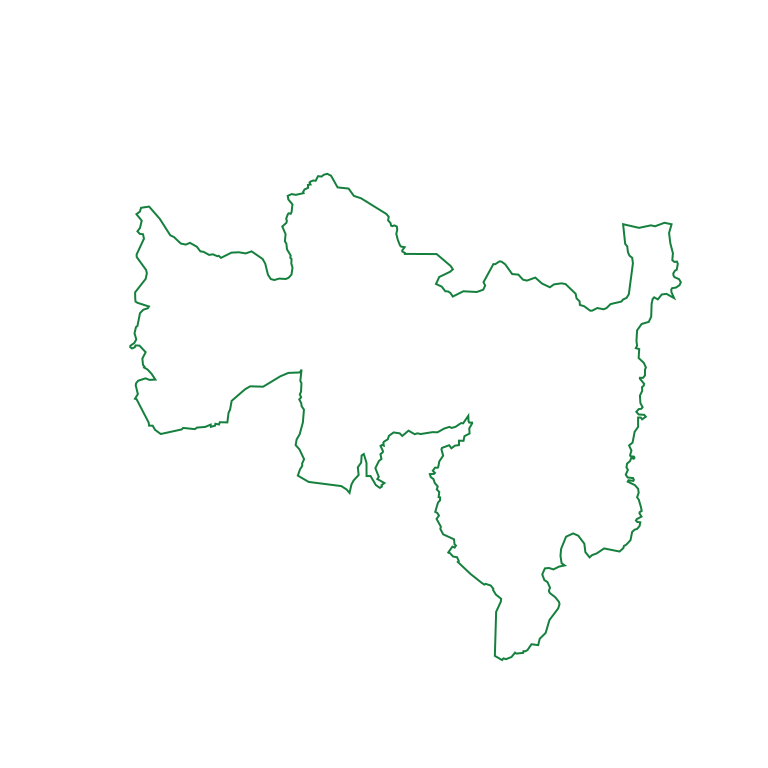 Tepexco, Puebla, Mexico (Mercator projection), rotated 196°
{"feature_id": "50627088B96534583301688", "entity_name": "Tepexco", "entity_type": "district", "adm_level": 2, "iso_a3": "MEX", "parent_name": "Mexico", "parent_adm1": "Puebla", "projection": "mercator", "projection_center": [-98.656, 18.65], "detail": "fine", "context": "isolated", "style": "outline", "palette": "green", "viewbox_px": 768, "rotation_deg": 196, "n_neighbors": 0, "source": "geoboundaries", "source_scale": "gbopen_adm2", "svg_char_len": 6163}
<svg xmlns="http://www.w3.org/2000/svg" viewBox="0 0 768 768"><g transform="rotate(196 384 384)"><path d="M151.6,616.8L158.8,616.3L167.0,610.3L171.1,610.1L181.9,604.4L198.2,603.5L190.8,585.2L188.2,583.4L185.8,577.9L183.5,575.1L180.2,573.7L178.0,568.7L173.4,537.7L174.6,533.6L177.6,531.0L178.5,528.7L188.2,523.3L191.0,518.4L193.4,516.4L199.9,515.8L204.1,511.9L206.0,511.3L212.9,513.9L217.5,514.0L218.8,517.4L222.5,519.4L224.7,523.6L237.0,530.1L241.1,529.7L248.1,526.6L251.2,522.7L259.8,524.1L267.9,528.0L275.1,522.8L279.2,522.6L285.0,526.2L291.1,525.0L300.5,532.5L304.7,534.0L306.8,533.7L310.1,529.8L311.9,529.4L316.4,509.3L313.9,506.5L314.6,502.0L320.2,498.0L333.3,495.0L342.0,487.0L345.0,489.7L347.7,490.6L350.7,490.1L355.3,493.5L361.6,494.5L360.4,502.1L351.4,510.1L349.4,513.2L352.4,515.8L369.2,523.4L399.8,514.8L399.9,515.7L402.9,516.4L403.3,517.4L401.9,521.2L405.4,520.8L406.8,521.6L410.5,526.4L413.6,531.8L413.8,536.1L415.1,538.9L417.7,539.3L419.5,538.0L420.9,538.2L422.0,540.4L425.1,542.4L425.6,546.1L428.6,548.1L457.3,556.2L464.8,556.5L471.9,562.1L482.8,560.2L492.3,569.6L496.5,570.4L499.6,568.5L501.2,566.2L504.7,565.6L505.7,560.5L508.2,560.1L510.7,558.1L511.1,557.2L509.6,555.5L512.0,554.4L511.0,551.7L514.0,549.1L514.7,546.3L513.9,545.3L521.0,541.5L525.1,541.1L528.4,538.3L526.8,535.0L521.5,531.4L520.2,523.5L520.6,521.9L522.5,521.9L523.2,520.9L523.6,515.9L522.3,514.0L522.3,511.9L525.2,507.4L519.9,500.9L518.6,493.8L516.6,492.1L514.3,486.6L509.1,481.8L508.9,479.5L507.3,478.6L506.3,474.2L504.0,470.6L503.1,463.6L505.0,459.8L507.3,457.9L513.9,456.4L518.1,453.7L521.8,453.7L525.7,457.1L531.3,466.9L535.1,470.7L547.8,475.0L553.0,471.4L559.9,470.6L566.9,468.2L575.5,460.3L578.2,461.7L579.4,460.9L584.2,461.5L587.7,459.9L593.9,461.3L597.1,460.9L601.8,464.4L609.5,466.2L612.9,463.4L618.0,463.0L626.5,467.4L630.4,468.0L645.1,481.0L658.7,489.8L666.1,486.4L666.2,482.4L668.8,479.0L661.9,474.2L661.6,466.7L663.1,462.8L660.1,461.0L656.9,461.5L654.8,457.5L657.5,440.3L656.7,437.9L644.1,428.0L642.4,424.9L642.1,419.3L648.5,403.5L646.6,397.3L645.5,394.7L643.4,394.1L631.3,393.7L632.0,391.6L635.8,389.1L638.1,384.8L637.0,371.9L638.1,370.3L637.8,364.0L634.4,358.6L635.3,354.7L638.3,350.9L638.1,349.5L636.1,348.7L633.7,350.6L633.5,352.6L629.6,353.5L621.9,348.9L623.3,341.8L620.9,335.9L618.9,334.5L619.2,333.7L615.4,332.8L610.2,329.7L605.0,325.2L610.6,323.3L614.8,323.7L621.2,319.4L622.5,316.4L622.3,314.3L617.8,306.4L619.3,301.2L617.7,301.2L599.6,282.1L598.3,279.2L594.9,280.2L591.4,276.8L584.8,274.4L565.9,284.6L565.0,286.4L553.4,288.5L551.7,290.6L544.1,293.4L539.4,297.2L538.6,295.1L534.9,297.4L535.1,299.3L531.4,299.6L531.3,302.0L524.0,303.9L525.5,313.6L524.9,316.8L525.8,325.8L516.2,340.5L512.0,344.9L499.4,348.1L485.8,362.8L479.0,368.3L468.1,371.9L467.2,375.1L465.3,363.9L463.6,362.1L461.6,353.6L462.1,350.9L460.0,348.4L461.2,345.8L458.3,342.8L457.1,340.0L453.9,337.3L451.4,324.8L451.2,312.5L452.7,306.7L452.1,300.9L447.3,297.9L440.1,289.7L440.8,284.9L440.0,282.8L441.2,278.9L441.6,272.2L429.4,269.1L396.9,274.1L390.9,272.3L387.1,269.8L387.6,278.4L386.6,283.0L383.3,289.5L386.2,296.7L384.3,302.1L385.8,309.1L384.1,311.1L379.1,303.4L375.4,290.7L371.5,291.8L364.0,284.6L359.3,283.0L357.8,284.8L358.5,286.1L356.3,288.9L364.2,290.8L363.4,293.3L369.1,300.7L367.7,308.5L365.8,311.3L368.1,315.6L366.4,317.9L366.5,319.2L370.3,323.5L369.1,324.8L367.2,324.7L368.5,327.4L368.0,328.7L365.1,331.9L365.0,335.5L361.4,340.1L355.3,340.9L352.1,339.1L347.6,345.9L340.6,344.2L338.3,345.8L335.0,346.0L324.1,351.1L319.3,352.3L313.8,357.8L309.3,360.8L306.9,360.4L303.5,362.5L299.2,367.6L297.1,368.0L294.2,376.7L292.5,371.5L291.4,370.4L288.7,371.2L288.4,370.5L289.8,364.9L288.1,360.0L292.3,356.0L291.9,351.3L296.3,350.2L295.1,345.9L298.8,344.3L301.5,340.8L304.5,343.1L310.6,338.6L310.8,337.1L307.4,331.4L309.5,324.9L309.0,319.2L309.2,318.4L311.9,317.6L313.2,314.1L310.5,312.6L311.2,311.4L315.1,310.0L313.4,307.4L310.2,306.2L308.0,302.9L304.1,300.3L304.2,297.2L301.1,295.4L300.3,290.3L298.8,290.5L298.1,287.6L299.4,284.9L299.5,275.2L297.3,274.8L294.9,272.7L296.3,268.8L290.0,262.5L289.9,260.2L285.7,255.8L273.9,254.0L272.0,249.3L270.3,248.5L271.0,246.2L273.4,246.5L276.1,239.0L274.9,240.1L270.0,237.2L266.0,237.6L263.3,234.4L264.0,233.3L248.4,225.2L235.3,219.8L232.3,218.8L231.2,219.9L225.8,219.7L222.5,217.3L222.4,216.1L218.4,212.4L212.2,209.8L211.7,207.0L213.4,195.9L202.5,153.2L194.4,151.2L193.5,153.2L190.9,153.1L186.2,156.7L184.0,161.9L182.6,161.3L176.1,163.9L176.3,165.6L174.3,166.1L172.7,167.9L170.5,174.5L163.8,175.5L164.1,182.0L160.0,189.3L159.9,202.8L154.7,216.3L154.6,220.8L155.7,222.7L160.7,226.3L167.1,228.8L168.5,230.6L168.3,234.0L172.3,238.7L175.8,239.7L179.4,244.6L178.5,251.1L174.7,252.6L170.0,252.5L165.3,256.8L160.3,259.4L163.9,260.7L167.0,267.5L168.3,274.3L166.9,287.4L161.0,292.5L155.4,291.7L147.4,285.7L144.1,277.9L138.6,274.0L136.8,276.9L132.9,279.7L127.1,286.6L111.4,287.9L108.7,292.2L108.7,294.5L106.9,296.2L104.0,301.9L104.7,310.1L103.0,313.0L100.8,314.4L99.2,317.9L99.5,321.7L102.5,321.2L104.2,322.2L103.7,323.9L99.9,327.5L102.8,330.1L102.9,331.3L101.3,333.0L103.2,336.7L107.2,343.0L109.5,344.9L109.2,349.7L110.9,353.4L115.1,356.0L122.8,357.3L122.4,358.9L117.6,359.6L117.4,360.7L118.6,362.2L124.1,361.3L126.6,363.5L125.9,368.7L128.0,370.8L128.4,374.5L126.3,377.6L125.9,381.0L123.3,381.0L122.9,382.1L123.8,383.1L127.1,382.5L127.8,383.2L127.8,388.2L131.5,392.5L128.9,396.2L129.9,407.1L127.9,412.8L130.5,421.8L128.0,422.5L126.1,421.2L123.3,424.7L125.4,426.1L130.8,424.9L133.8,426.8L132.3,430.0L129.8,431.1L129.0,432.9L132.3,436.4L134.8,443.4L133.9,448.6L135.1,452.1L133.9,454.0L134.0,455.9L139.5,459.6L139.7,460.5L136.7,461.3L135.5,464.1L137.1,469.8L136.8,472.0L139.9,475.8L146.4,479.2L148.3,487.9L151.8,487.9L151.3,490.6L153.2,495.0L155.5,505.3L152.9,512.7L146.6,516.7L145.7,522.3L148.8,534.6L149.2,539.7L148.2,541.8L144.1,540.8L141.7,546.6L137.3,548.5L128.8,546.5L133.1,551.6L133.9,554.1L133.5,555.5L129.9,557.2L127.2,560.4L126.7,563.6L129.3,566.1L134.2,566.8L135.6,568.0L136.4,570.0L135.6,573.1L134.1,574.5L134.7,580.5L136.1,582.4L138.6,581.4L141.0,582.5L142.3,589.3L147.4,597.9L151.6,607.7L151.6,616.8Z" fill="none" stroke="#15803d" stroke-width="2"/></g></svg>